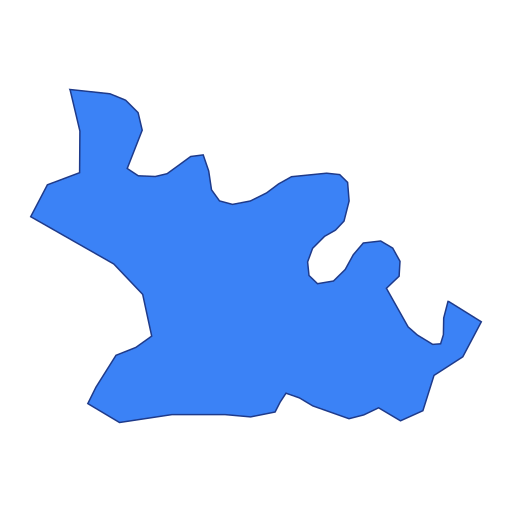 outline of Soroca
{"feature_id": "MDA-1653", "entity_name": "Soroca", "entity_type": "District", "adm_level": 1, "iso_a3": "MDA", "parent_name": "Moldova", "parent_adm1": "", "projection": "equal_earth", "projection_center": [28.265, 48.155], "detail": "fine", "context": "isolated", "style": "filled", "palette": "blue", "viewbox_px": 512, "rotation_deg": 0, "n_neighbors": 0, "source": "natural_earth", "source_scale": "10m", "svg_char_len": 1043}
<svg xmlns="http://www.w3.org/2000/svg" viewBox="0 0 512 512"><path d="M69.9,89.5L110.0,93.8L125.6,100.2L138.1,112.7L142.2,130.2L127.2,168.5L138.3,175.8L155.3,176.5L167.1,173.7L190.7,156.5L203.2,154.9L208.7,171.0L211.5,189.8L219.5,200.9L232.5,204.4L250.3,201.0L266.6,192.9L278.6,183.9L291.5,176.7L326.6,173.2L339.7,174.6L347.6,182.4L349.1,201.0L344.0,221.1L335.5,230.1L324.6,236.3L312.6,248.3L307.6,261.9L309.0,275.5L317.5,283.7L333.5,281.0L345.2,269.5L353.3,254.7L363.3,243.0L380.7,241.0L392.7,248.1L400.0,261.3L399.1,276.2L386.4,288.3L408.1,326.9L417.3,335.0L432.7,344.4L440.6,343.8L443.4,334.7L443.7,318.0L448.0,301.4L448.7,301.5L481.3,321.8L462.8,356.8L434.0,375.4L422.9,410.7L400.5,420.8L378.6,407.8L363.8,414.9L349.0,418.7L312.8,405.9L299.4,397.9L286.0,393.2L280.2,402.0L275.1,412.0L250.6,416.9L225.2,414.6L171.9,414.6L119.5,422.5L87.8,403.6L96.0,387.1L116.0,355.3L135.9,347.4L151.7,336.1L142.7,294.4L113.8,264.0L30.7,216.7L47.4,184.8L79.6,172.7L79.9,131.1L70.2,90.2L69.9,89.5Z" fill="#3b82f6" stroke="#1e3a8a" stroke-width="1.5"/></svg>